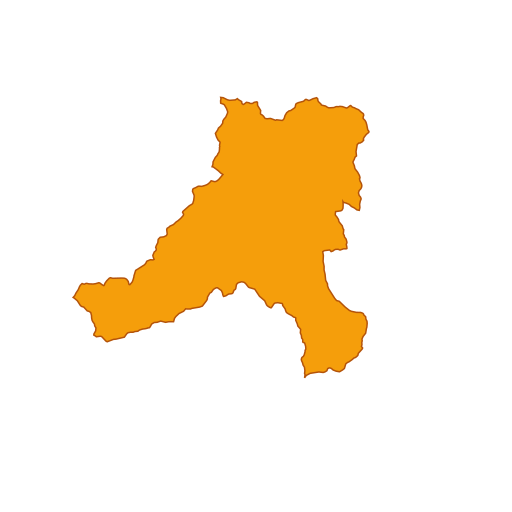 Carhuaz, Áncash, Peru, rotated 139°
{"feature_id": "86281439B67590334790867", "entity_name": "Carhuaz", "entity_type": "district", "adm_level": 2, "iso_a3": "PER", "parent_name": "Peru", "parent_adm1": "Áncash", "projection": "orthographic", "projection_center": [-77.539, -9.267], "detail": "fine", "context": "isolated", "style": "filled", "palette": "amber", "viewbox_px": 512, "rotation_deg": 139, "n_neighbors": 0, "source": "geoboundaries", "source_scale": "gbopen_adm2", "svg_char_len": 6138}
<svg xmlns="http://www.w3.org/2000/svg" viewBox="0 0 512 512"><g transform="rotate(139 256 256)"><path d="M299.3,132.2L296.4,132.9L292.1,131.9L284.6,127.2L281.7,124.0L280.1,123.3L277.8,122.9L275.7,124.0L274.1,123.5L273.4,122.7L272.9,121.6L272.6,119.4L271.1,116.5L269.0,113.9L268.3,113.7L265.4,113.2L263.1,113.1L259.0,115.7L256.8,115.6L255.2,115.1L251.0,114.7L249.3,114.8L247.3,114.1L244.9,114.1L244.1,114.3L242.7,115.4L237.0,116.1L235.9,116.6L235.8,118.5L234.3,119.5L232.8,121.4L231.5,122.3L230.5,123.8L228.0,125.0L223.9,125.8L220.4,128.7L219.0,129.6L216.3,132.2L215.0,134.0L214.5,136.2L213.1,138.2L213.3,140.7L212.9,141.8L213.0,142.8L213.6,144.0L214.1,144.8L217.2,147.6L220.3,151.7L221.2,153.6L222.2,158.9L222.9,167.2L224.4,169.5L224.4,172.3L222.7,183.6L221.6,186.5L220.3,188.1L219.4,191.9L215.8,197.0L213.8,200.8L211.4,203.5L208.9,207.9L204.9,212.1L202.8,215.5L200.9,215.2L196.4,212.2L196.4,210.0L194.6,209.3L192.7,209.2L191.6,208.8L189.6,207.2L188.7,205.4L185.1,203.9L183.2,202.2L182.5,202.0L181.6,203.1L180.2,205.6L178.9,206.2L178.3,206.8L177.1,209.2L176.8,210.2L176.8,212.1L175.9,213.7L175.6,215.4L172.5,218.3L172.4,219.4L171.1,222.2L170.9,227.0L170.6,228.1L169.8,229.4L169.3,232.6L169.3,234.8L168.7,235.6L166.8,237.3L162.3,234.4L160.8,234.2L159.0,235.0L156.7,237.4L154.7,239.9L154.8,239.3L154.5,238.6L153.3,236.9L151.8,233.9L151.5,230.8L150.2,227.6L149.6,224.6L148.1,222.7L145.8,224.4L143.8,227.1L141.3,229.0L139.2,230.1L138.5,231.7L138.4,234.0L137.3,236.4L135.2,237.7L132.6,238.0L130.9,238.8L129.7,240.0L128.9,241.7L128.3,244.4L127.4,246.1L127.0,246.6L126.4,246.6L125.9,247.2L125.1,249.0L124.3,252.5L124.0,257.1L122.6,259.5L121.4,263.0L120.9,263.5L118.2,264.6L116.5,265.6L114.5,265.6L112.0,269.2L106.5,273.7L104.3,273.8L103.4,273.0L101.1,272.5L98.9,272.7L98.6,272.9L98.4,273.7L97.7,274.2L96.4,274.7L92.9,275.4L90.1,275.3L89.4,275.5L89.0,276.0L88.9,277.8L88.5,278.6L86.3,282.4L85.2,284.8L84.8,286.7L84.9,289.5L83.8,290.7L82.4,291.5L81.8,292.5L81.7,293.3L82.2,295.3L82.6,299.1L84.1,302.1L84.3,303.0L85.6,305.1L85.8,307.4L86.2,307.7L89.7,307.9L90.7,308.4L92.8,312.1L94.5,313.9L95.8,314.6L97.4,316.1L99.9,317.0L103.8,320.0L104.5,321.3L105.1,323.5L107.6,327.0L107.3,328.0L107.6,331.4L107.3,332.8L106.3,334.1L106.4,335.7L109.7,337.3L113.4,338.3L114.2,338.8L115.3,341.2L116.0,341.7L118.6,341.6L123.5,344.0L125.6,344.6L126.5,344.4L128.8,342.7L129.6,342.5L134.3,343.0L136.0,343.9L138.9,344.0L141.9,343.0L144.6,341.3L146.0,341.0L147.3,341.1L151.1,345.3L152.2,345.6L154.5,349.8L155.0,350.5L157.6,352.3L158.9,353.9L158.6,356.6L158.9,358.7L159.4,359.8L159.2,360.6L157.0,362.8L156.0,368.6L154.1,371.0L154.2,371.8L156.6,373.2L158.4,373.4L159.4,374.1L160.5,375.2L160.7,376.2L162.4,378.3L165.0,378.4L166.2,378.7L166.5,379.7L166.5,380.5L165.5,382.0L166.7,385.6L166.8,387.0L169.2,387.4L173.8,390.8L175.1,392.7L176.9,397.0L178.6,398.9L179.3,397.6L180.9,396.4L182.4,394.5L181.1,392.1L180.7,390.9L181.5,386.7L182.8,383.3L184.0,382.4L187.6,380.7L190.5,380.3L191.7,379.9L192.5,379.6L194.0,378.1L197.6,377.2L200.4,377.2L202.2,376.3L206.2,375.2L207.7,371.8L208.6,368.2L208.4,365.8L208.7,365.2L210.9,363.5L211.6,362.3L212.7,361.6L213.1,360.9L215.2,359.0L216.2,358.5L217.6,358.2L219.2,357.4L222.0,357.1L226.7,355.2L228.4,353.4L230.6,352.2L229.8,351.1L228.5,345.0L228.2,341.7L227.5,339.2L234.0,338.2L236.1,338.3L237.4,338.6L238.5,339.3L240.5,342.2L242.9,341.8L245.7,341.9L247.9,342.6L251.2,344.1L253.3,346.2L254.3,346.7L256.4,347.1L258.9,347.9L259.9,347.9L261.5,346.5L262.9,342.4L263.7,341.4L266.5,338.9L269.2,337.2L270.3,337.1L273.4,337.7L281.9,337.6L282.8,337.1L283.2,335.1L284.2,334.3L288.1,333.8L291.9,333.8L293.8,334.1L297.7,333.9L301.4,335.0L302.6,334.9L305.0,335.2L306.1,334.5L308.6,330.8L310.3,330.2L313.1,331.0L316.0,333.0L318.6,332.8L319.2,332.5L321.3,330.5L324.3,329.3L326.1,328.3L326.6,326.8L327.4,326.0L328.7,325.7L330.1,325.8L333.4,324.2L334.2,322.8L335.1,320.3L336.4,320.7L338.2,322.5L341.4,323.6L342.0,323.7L343.7,322.9L345.8,322.5L356.3,324.1L361.1,321.1L361.8,320.4L364.9,318.4L366.5,317.6L369.9,317.1L370.4,317.5L370.5,317.9L369.1,320.6L368.9,323.0L369.2,324.4L370.0,325.7L372.0,327.6L378.8,333.2L380.1,335.1L381.3,335.5L385.1,335.2L387.9,334.5L389.5,333.6L390.3,333.5L390.9,334.9L391.6,338.1L392.1,338.9L395.3,340.4L397.3,341.7L400.4,344.6L401.6,346.3L402.4,346.9L404.2,347.4L405.3,349.3L407.6,349.2L409.2,348.7L412.3,347.2L416.3,346.1L418.8,345.0L421.2,344.7L420.8,343.4L420.2,339.5L421.0,334.0L420.8,332.5L419.5,330.4L419.4,325.3L418.4,323.8L417.8,321.8L419.2,319.0L420.7,317.1L421.9,315.0L422.3,313.3L422.5,310.8L423.6,309.0L424.0,306.7L426.1,304.7L429.5,303.5L430.3,302.7L429.7,301.0L429.5,299.8L426.3,297.7L425.6,297.0L425.3,296.0L425.1,290.2L424.6,288.9L418.3,286.6L416.2,285.1L408.6,281.1L404.6,282.1L403.1,282.1L400.7,280.8L399.0,279.3L398.2,278.8L397.2,278.6L394.5,276.7L392.6,276.6L389.6,275.3L387.0,273.6L385.4,272.8L384.7,272.7L384.0,272.0L383.3,271.8L382.0,272.1L379.4,273.1L376.5,272.6L374.1,270.8L370.6,269.4L367.8,265.3L364.9,263.6L361.3,260.5L358.4,262.4L356.2,262.9L351.9,263.1L346.9,261.8L343.7,262.3L343.0,261.4L340.2,259.0L338.7,258.5L332.0,254.4L329.3,253.4L322.4,254.8L320.9,255.5L319.6,256.8L315.2,258.3L313.5,257.9L310.1,258.7L308.0,258.4L306.7,258.0L305.9,257.3L304.8,252.7L305.5,250.2L306.5,248.5L307.0,247.0L307.0,246.7L306.5,246.5L304.8,245.7L301.7,245.3L299.4,243.7L298.6,243.3L297.6,243.3L295.1,244.6L293.6,244.4L292.8,244.6L289.3,247.4L287.0,247.5L283.8,246.0L282.3,244.1L281.9,242.2L282.1,237.5L281.8,236.6L278.7,231.8L279.8,223.3L278.8,216.5L280.1,212.1L280.1,210.8L279.5,208.6L278.7,207.0L277.9,207.0L273.4,208.2L272.5,208.0L270.2,206.5L267.4,203.0L267.7,201.9L268.3,201.2L268.7,197.0L269.5,195.3L270.0,193.8L270.0,193.0L269.5,191.2L268.1,187.6L267.7,185.3L266.8,183.9L266.6,183.2L268.2,181.4L269.4,177.6L270.4,175.7L270.4,171.4L273.0,168.9L273.8,166.4L275.4,164.1L275.4,162.9L275.7,162.1L277.1,160.5L277.1,159.7L276.5,159.0L276.4,158.3L277.8,155.3L279.4,153.1L280.8,152.6L281.6,151.7L284.6,149.7L286.1,149.2L287.8,149.3L288.6,149.0L289.7,148.2L290.3,147.1L290.9,145.0L292.0,142.8L292.4,140.3L294.4,137.3L296.4,135.5L296.9,134.2L299.3,132.2Z" fill="#f59e0b" stroke="#b45309" stroke-width="1.5"/></g></svg>